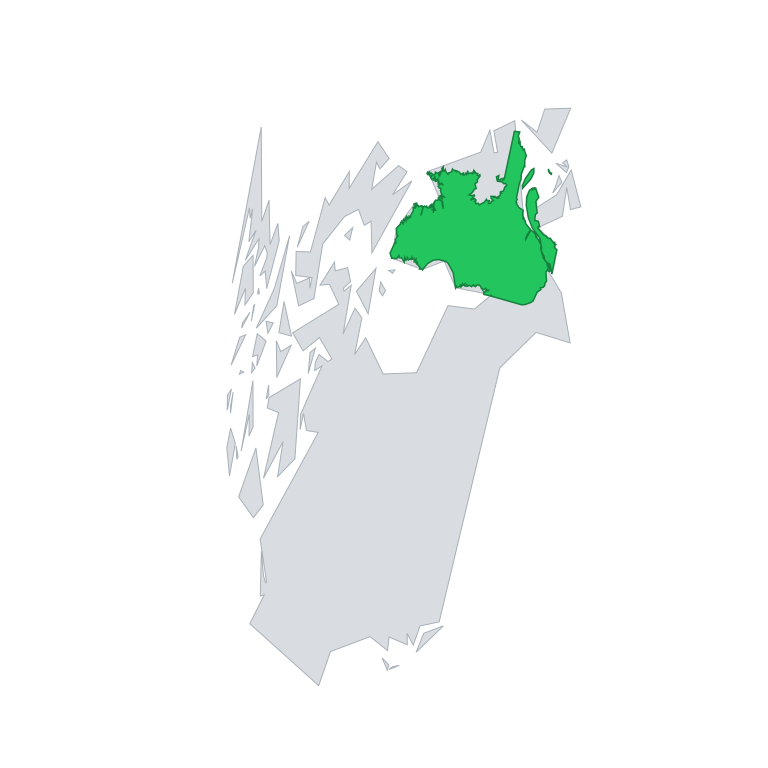 location of Québec within Canada, rotated 282°
{"feature_id": "CAN-683", "entity_name": "Québec", "entity_type": "Province", "adm_level": 1, "iso_a3": "CAN", "parent_name": "Canada", "parent_adm1": "", "projection": "robinson", "projection_center": [-69.443, 53.796], "detail": "fine", "context": "in_parent", "style": "filled", "palette": "green", "viewbox_px": 768, "rotation_deg": 282, "n_neighbors": 0, "source": "natural_earth", "source_scale": "10m", "svg_char_len": 9864}
<svg xmlns="http://www.w3.org/2000/svg" viewBox="0 0 768 768"><g transform="rotate(282 384 384)"><path d="M134.0,422.9L111.2,387.3L75.4,382.8L121.6,302.6L152.9,310.7L150.8,307.1L195.0,298.8L171.6,305.9L165.2,309.3L166.1,310.2L206.7,295.1L323.0,329.8L322.4,317.9L338.4,311.4L322.1,311.4L336.7,308.7L388.8,319.6L382.7,313.4L390.8,312.3L399.4,314.3L394.3,324.4L397.5,328.0L416.0,311.2L399.6,298.0L415.1,284.0L452.5,323.3L470.2,309.9L467.4,300.9L493.0,310.2L484.5,312.7L490.2,324.2L477.1,330.1L470.4,325.0L468.5,324.6L466.6,325.6L473.9,331.4L424.6,333.6L452.2,339.9L443.9,348.7L406.8,349.1L425.4,356.5L393.6,381.1L401.8,413.5L474.0,430.3L476.1,456.9L493.5,470.5L493.1,434.0L516.9,417.3L504.0,397.8L508.7,365.4L538.6,363.8L567.1,376.6L558.9,385.2L570.1,404.5L601.3,383.1L630.9,430.4L654.3,434.8L633.2,443.5L633.9,447.1L654.5,438.8L668.7,457.2L555.4,492.4L564.8,495.8L553.3,508.2L546.1,510.5L529.7,520.3L509.8,538.6L462.9,557.5L466.1,522.0L423.8,493.9L162.8,487.4L154.8,469.5L134.6,466.9L144.9,458.4L133.8,461.0L137.5,441.6L123.9,442.9L134.0,422.9ZM462.3,291.7L473.1,291.5L471.8,275.1L495.4,270.5L497.8,284.6L553.9,287.7L547.7,293.1L584.6,305.9L568.1,309.2L619.7,327.7L605.6,342.2L593.6,335.2L599.6,330.5L571.8,331.5L600.7,352.9L596.4,362.4L570.8,353.0L588.4,369.0L509.8,344.9L540.5,337.5L535.1,331.8L549.5,322.7L539.5,310.5L508.0,294.9L453.1,297.7L442.7,284.3L475.3,269.8L464.2,277.8L472.3,289.0L462.3,291.7ZM451.1,214.6L609.8,210.5L517.5,230.7L539.9,233.3L496.6,243.6L519.0,246.8L502.5,251.7L453.0,249.4L469.7,244.4L464.0,240.1L483.0,243.1L488.1,242.5L494.4,238.6L472.2,232.9L491.6,232.9L500.1,231.5L476.2,222.6L507.7,226.9L495.0,222.2L528.0,219.1L518.3,218.6L528.3,215.8L451.1,214.6ZM266.8,285.7L334.1,286.8L336.2,274.8L346.8,274.4L371.7,301.2L292.3,312.4L271.3,299.2L306.6,297.2L266.8,285.7ZM585.2,523.7L568.8,501.9L556.3,522.8L526.5,525.3L596.8,484.7L606.5,491.5L588.1,496.5L604.9,513.5L632.2,522.6L598.2,539.7L593.3,530.1L614.2,521.9L585.2,523.7ZM243.4,265.3L294.9,272.0L240.6,291.0L226.1,284.0L243.4,265.3ZM421.0,223.3L470.1,221.9L482.6,229.2L445.9,237.1L432.4,231.5L448.8,228.6L421.0,223.3ZM412.0,247.5L454.9,256.9L509.3,260.8L438.4,262.9L412.0,247.5ZM288.6,258.2L360.1,255.1L315.0,264.8L305.0,262.8L326.4,258.5L288.6,258.2ZM670.8,463.3L662.1,481.4L686.3,484.1L692.6,509.3L644.7,500.2L670.8,463.3ZM368.1,277.8L403.9,269.7L394.2,276.3L402.6,285.2L368.1,277.8ZM449.3,353.9L469.0,337.7L495.5,352.1L449.3,353.9ZM412.4,270.5L443.9,269.1L411.6,283.6L412.4,270.5ZM309.1,243.1L295.0,250.9L262.0,252.0L289.0,243.5L309.1,243.1ZM406.8,249.6L401.5,259.8L375.2,255.8L386.3,254.4L383.5,249.7L406.8,249.6ZM370.6,230.5L399.8,233.2L403.4,238.5L370.6,230.5ZM128.3,471.2L148.4,474.7L159.8,492.4L128.3,471.2ZM499.7,270.7L521.2,272.0L527.5,276.9L499.7,270.7ZM378.4,307.7L399.4,305.1L404.9,309.5L378.4,307.7ZM420.9,255.6L420.7,263.0L409.5,259.9L420.9,255.6ZM414.4,232.9L426.2,238.0L409.1,233.1L414.4,232.9ZM521.1,314.5L530.5,320.9L517.6,320.5L521.1,314.5ZM329.7,238.5L344.8,238.1L323.6,239.9L329.7,238.5ZM359.1,271.4L348.9,273.6L344.9,271.9L359.1,271.4ZM635.7,506.2L634.3,518.2L637.4,512.8L641.2,516.1L634.9,519.7L628.8,518.5L635.7,506.2ZM340.4,233.2L347.4,235.8L325.6,236.1L340.4,233.2ZM624.9,486.3L615.5,485.1L604.4,478.7L616.7,480.5L624.9,486.3ZM483.2,359.5L475.7,366.1L469.9,364.2L473.9,360.0L483.2,359.5ZM104.9,446.7L115.7,439.0L110.1,447.2L104.9,446.7ZM417.7,241.2L433.0,240.2L435.3,241.0L417.7,241.2ZM377.7,250.7L372.8,254.6L367.6,252.2L377.7,250.7ZM605.8,509.2L611.4,510.5L624.2,511.8L618.3,516.1L605.8,509.2ZM496.0,364.9L497.9,371.0L494.0,369.5L496.0,364.9ZM292.7,252.2L282.7,256.4L279.8,255.7L292.7,252.2ZM451.6,241.4L446.5,243.3L445.9,241.7L451.6,241.4ZM367.4,241.1L366.4,244.4L363.4,240.5L367.4,241.1ZM105.7,448.3L109.0,450.8L112.0,457.5L105.7,448.3Z" fill="#d9dde1" stroke="#a8b0b8" stroke-width="1"/><path d="M492.3,468.9L493.6,470.9L492.3,468.6L492.4,463.1L494.7,462.4L494.5,463.4L496.4,464.0L496.7,466.3L497.4,466.8L497.3,464.6L498.8,463.8L496.3,461.1L497.9,460.5L497.5,459.5L499.8,458.0L500.2,456.7L501.3,456.7L500.2,456.5L500.6,454.5L498.8,453.6L499.4,453.4L498.3,451.9L499.5,450.7L497.4,449.4L498.2,447.1L496.7,444.9L498.2,444.3L496.5,443.0L497.4,441.8L498.5,442.0L496.8,440.6L498.0,440.1L495.8,439.4L497.6,438.6L495.2,438.5L495.9,437.9L494.6,437.4L493.8,435.1L494.4,434.8L492.7,434.1L507.3,428.5L515.6,421.5L516.9,418.1L517.1,411.7L515.4,406.6L511.0,401.7L503.6,397.8L504.3,397.2L503.8,394.9L505.5,395.2L507.1,392.7L510.2,390.9L508.6,390.7L509.9,389.6L509.7,388.1L511.1,388.3L511.9,389.3L512.8,389.4L511.3,387.8L513.1,387.3L512.2,386.2L513.9,384.9L510.8,384.9L512.4,384.3L510.3,381.9L512.6,380.7L509.8,379.8L512.1,378.1L507.4,378.5L511.1,374.9L510.6,372.7L512.7,371.9L509.3,370.4L508.6,365.3L513.3,362.7L525.8,365.5L523.7,366.5L527.6,365.1L532.7,367.0L531.4,366.0L538.8,363.7L543.6,366.8L545.8,366.9L545.9,368.2L544.6,369.4L545.9,369.6L545.9,368.4L548.4,369.0L549.1,369.7L548.4,370.1L550.0,370.7L549.3,371.4L548.3,371.3L547.9,371.7L550.1,371.4L550.2,370.4L552.8,371.3L550.6,372.9L552.7,373.1L551.1,373.6L552.1,373.8L551.7,374.2L552.8,375.3L553.3,374.7L559.8,376.6L562.4,375.9L562.4,377.7L564.0,378.4L565.8,377.7L565.9,376.1L566.6,376.0L567.7,378.4L565.4,379.5L565.7,380.5L564.6,380.9L566.2,383.5L566.0,384.8L564.6,384.8L564.7,385.6L556.3,384.9L565.3,385.7L566.5,386.7L565.8,388.2L566.8,388.7L565.2,389.9L566.0,391.1L565.1,391.7L567.4,391.3L568.7,392.4L566.6,393.0L568.0,393.7L566.9,393.9L567.2,395.5L565.7,396.5L564.4,394.0L564.8,396.1L561.6,396.6L563.9,396.6L564.7,398.2L567.7,395.7L571.9,395.3L574.5,396.2L574.9,398.2L576.0,398.7L574.9,402.5L570.6,404.0L567.8,405.7L574.5,403.3L575.2,402.6L576.1,399.2L577.3,398.4L578.3,400.8L576.5,402.9L578.3,401.5L579.2,399.4L579.8,401.5L579.2,404.0L579.4,404.3L580.4,401.6L584.7,399.1L587.0,399.1L587.1,397.5L588.6,395.9L591.7,398.0L591.0,400.6L592.5,398.4L590.5,396.6L592.7,395.8L591.4,395.3L595.9,394.1L593.2,393.1L593.0,392.1L594.7,392.2L594.2,391.1L595.6,392.0L594.2,390.1L598.2,391.1L595.2,389.9L594.2,387.9L595.7,386.8L597.4,387.5L598.1,387.6L596.3,386.5L598.7,383.7L598.1,383.2L598.8,382.3L601.0,382.8L598.9,383.1L600.6,384.4L598.5,385.0L600.3,386.2L598.7,389.1L600.1,390.5L602.5,390.0L601.5,390.7L601.4,392.8L603.1,394.5L599.9,394.0L599.0,395.2L603.0,395.6L604.1,396.8L606.8,395.7L608.8,396.8L604.8,397.6L604.7,398.6L606.6,399.3L604.3,400.5L602.5,403.0L603.9,403.2L605.2,405.8L608.5,406.3L607.3,407.6L607.8,409.2L606.7,410.5L607.6,410.7L606.8,413.9L605.0,415.4L606.9,417.8L604.8,418.0L605.4,419.5L607.0,419.9L606.1,421.2L610.1,421.6L607.3,422.6L608.7,425.3L608.0,426.7L611.2,427.4L608.9,428.5L610.7,428.6L609.4,429.8L609.4,431.9L607.9,431.5L607.3,433.0L608.6,434.2L607.4,434.7L603.7,432.9L601.0,433.4L598.6,431.3L594.5,433.6L593.1,431.8L590.3,431.0L586.5,427.9L586.8,431.5L587.7,432.8L587.1,433.4L581.7,430.4L584.3,433.9L583.0,435.8L581.3,434.7L581.3,435.7L579.5,436.3L580.4,438.5L579.1,440.0L582.7,444.3L585.9,445.8L585.0,446.3L585.2,448.9L582.3,448.6L583.0,450.9L584.7,450.8L586.2,452.8L587.9,450.2L589.8,449.6L590.4,453.3L589.6,452.9L590.0,455.6L589.1,455.8L589.9,457.6L590.7,457.5L590.5,456.1L592.7,458.4L595.2,458.0L595.2,459.1L596.3,458.1L597.6,460.7L601.8,461.2L603.6,462.8L605.4,461.4L604.8,459.3L606.2,457.7L606.0,452.7L610.0,450.9L611.8,452.9L608.2,453.3L606.7,454.6L609.2,456.0L610.1,458.5L608.7,458.3L609.4,459.0L658.3,459.0L658.7,464.4L654.4,463.8L651.9,465.4L647.6,465.7L647.6,466.9L644.9,468.2L645.0,470.6L644.3,469.4L642.0,471.5L642.0,472.6L636.9,475.7L631.9,475.2L625.1,476.7L626.1,475.9L617.6,474.7L612.3,475.6L609.4,474.7L593.3,474.9L592.4,475.9L589.5,475.2L588.9,475.8L589.8,476.2L588.3,475.9L584.6,479.3L582.8,484.0L577.7,484.4L575.2,486.6L574.8,486.6L575.4,486.1L575.1,485.4L574.8,485.3L573.3,488.0L570.2,489.4L565.5,495.3L560.3,493.2L555.6,492.3L555.0,492.5L565.1,495.6L563.6,498.9L561.2,501.6L559.3,502.0L557.3,505.4L555.7,506.1L552.7,508.7L548.6,509.2L540.0,513.8L539.8,514.8L538.7,515.1L536.7,518.1L534.1,518.9L532.3,520.6L529.2,520.0L532.4,522.0L530.9,522.3L529.4,523.2L528.4,522.3L529.1,519.9L527.2,519.1L518.4,521.6L515.7,520.3L514.0,520.8L511.7,519.8L510.5,516.9L509.0,517.8L505.6,514.7L496.3,512.6L494.3,510.7L491.0,505.4L490.1,502.0L492.3,468.9ZM551.3,525.2L526.5,525.4L535.8,521.3L536.4,518.6L538.7,515.3L542.0,514.1L546.2,510.8L548.7,509.5L549.9,509.8L553.0,508.7L554.2,507.8L555.6,507.6L558.9,506.2L567.3,496.8L576.6,490.6L588.5,486.0L596.5,484.7L603.7,486.0L607.2,489.4L604.1,488.3L607.1,490.6L606.3,491.3L607.0,491.7L598.8,496.6L594.2,494.6L583.1,498.3L581.2,496.8L575.4,497.4L575.2,501.2L570.2,503.5L570.2,502.3L568.7,502.0L563.0,509.1L562.4,511.8L560.8,513.8L561.0,516.5L557.7,519.9L558.0,521.5L556.7,521.3L556.1,523.1L555.3,522.0L552.7,522.6L551.3,525.2ZM615.1,485.0L604.3,478.9L607.1,478.1L614.7,479.7L624.2,483.8L625.9,485.8L621.5,486.6L615.1,485.0ZM536.0,518.6L535.3,521.1L532.3,521.1L534.5,520.1L536.0,518.6ZM569.6,393.4L568.8,394.9L567.8,394.9L568.4,393.9L567.9,393.3L569.6,393.4ZM626.4,501.1L625.9,501.7L625.0,502.2L625.6,502.1L626.4,501.1L627.0,500.9L624.3,503.6L625.6,504.0L624.0,504.1L624.5,502.3L627.2,500.3L628.6,500.2L626.4,501.1ZM556.3,506.0L556.3,506.9L554.4,507.5L556.3,506.0ZM533.2,520.1L534.2,519.0L535.5,518.7L534.3,520.0L533.2,520.1ZM579.9,400.0L580.7,401.0L579.9,401.0L579.9,400.0ZM531.1,522.4L532.7,522.2L530.8,522.8L531.1,522.4ZM648.2,466.9L649.1,466.8L647.7,467.5L648.2,466.9ZM649.2,465.9L648.7,466.3L648.0,466.1L648.6,465.7L649.2,465.9ZM564.0,376.6L563.6,377.3L563.4,377.3L563.4,376.7L564.0,376.6ZM569.9,394.5L570.5,394.7L569.5,394.9L569.9,394.5ZM642.6,472.6L642.3,471.6L642.6,471.6L643.0,472.3L642.6,472.6ZM549.1,368.9L550.0,369.0L549.1,368.9ZM532.7,521.4L533.2,521.7L532.2,521.5L532.7,521.4ZM559.8,502.4L560.6,502.2L559.7,502.7L559.8,502.4ZM552.7,374.0L553.4,373.7L553.4,374.0L552.7,374.0ZM649.3,466.1L649.5,466.4L649.2,466.4L649.3,466.1ZM546.9,367.6L547.4,367.6L547.8,367.8L546.9,367.6Z" fill="#22c55e" stroke="#15803d" stroke-width="1.5"/></g></svg>